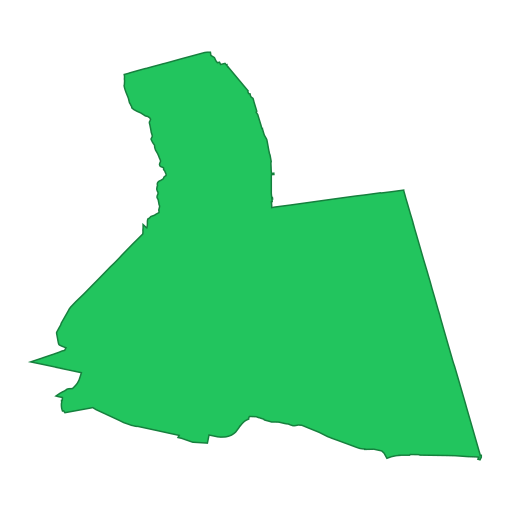 outline of Dongen, Noord-Brabant, Netherlands
{"feature_id": "6326949B71586177807215", "entity_name": "Dongen", "entity_type": "district", "adm_level": 2, "iso_a3": "NLD", "parent_name": "Netherlands", "parent_adm1": "Noord-Brabant", "projection": "equal_earth", "projection_center": [4.948, 51.643], "detail": "fine", "context": "isolated", "style": "filled", "palette": "green", "viewbox_px": 512, "rotation_deg": 0, "n_neighbors": 0, "source": "geoboundaries", "source_scale": "gbopen_adm2", "svg_char_len": 5917}
<svg xmlns="http://www.w3.org/2000/svg" viewBox="0 0 512 512"><path d="M481.3,455.3L480.2,455.3L480.1,454.7L480.0,454.2L478.7,449.8L471.8,425.8L466.2,406.4L465.8,404.9L463.7,397.6L458.8,380.7L454.6,366.4L453.7,363.8L452.7,360.6L451.6,356.7L448.0,344.3L446.5,339.1L443.4,328.3L442.2,324.0L441.6,322.0L440.2,317.0L439.8,315.2L438.1,309.7L434.6,297.4L432.0,288.5L430.2,281.9L429.4,279.2L428.3,275.5L427.3,272.0L423.6,259.7L421.5,252.4L420.3,248.2L416.6,235.4L415.1,230.3L414.7,229.0L414.6,228.6L413.6,224.9L413.3,223.8L413.2,223.9L412.9,222.2L411.5,217.5L410.4,213.9L407.8,204.9L406.7,201.2L405.8,198.2L405.1,195.6L403.7,190.6L403.7,190.1L390.3,191.9L381.2,193.0L380.5,192.8L366.0,194.8L363.6,195.1L355.8,196.0L340.4,198.1L314.4,201.7L311.6,202.1L295.0,204.4L290.0,205.1L275.2,207.0L271.7,207.6L271.7,205.6L271.6,204.1L271.5,202.8L271.6,202.4L271.4,202.4L271.4,201.6L272.2,201.5L272.1,200.3L271.9,199.1L272.6,199.0L272.4,197.5L271.7,197.6L271.3,193.2L271.3,192.2L271.3,189.8L271.3,182.8L271.3,180.0L271.3,175.8L271.5,174.8L271.5,174.6L273.9,174.5L273.8,173.2L271.5,173.4L271.2,170.7L271.1,168.6L271.1,168.3L270.9,163.0L271.1,162.0L271.2,161.5L270.9,159.9L270.2,155.9L270.0,155.0L269.3,153.1L269.3,152.7L268.8,150.4L267.4,142.7L267.0,140.6L266.8,139.7L266.3,138.6L264.4,135.3L264.0,134.2L262.4,128.8L262.4,128.5L262.0,128.6L261.7,127.9L261.0,125.3L257.7,114.5L256.1,112.2L256.8,111.3L253.9,101.7L253.6,100.4L253.0,98.4L251.0,96.9L250.7,96.2L250.3,95.3L250.1,93.9L248.7,93.6L247.8,91.8L248.1,90.9L228.3,67.2L228.0,67.1L228.1,66.9L226.6,65.2L226.8,64.7L226.2,64.8L225.0,63.4L220.6,64.5L219.5,62.2L217.4,62.7L215.9,60.8L214.4,57.6L210.9,55.4L210.4,52.2L207.4,52.2L204.7,52.5L200.6,53.6L189.9,56.5L181.7,58.7L168.5,62.4L164.8,63.4L163.0,63.8L160.6,64.5L152.0,66.8L147.7,68.0L146.4,68.4L145.4,68.5L138.1,70.5L129.3,73.0L128.7,73.3L124.2,74.5L124.5,76.2L124.5,77.6L124.4,79.0L124.6,80.9L124.4,84.4L124.1,85.7L124.4,87.2L124.8,88.8L125.4,90.6L126.0,92.3L128.3,98.0L129.5,102.8L130.3,104.0L130.7,105.0L131.5,106.3L131.9,108.0L133.9,109.6L137.2,111.4L140.7,112.9L143.5,114.7L145.3,115.9L147.8,116.5L149.7,117.8L150.6,119.2L150.0,120.9L149.4,122.0L149.4,123.0L149.9,125.0L150.6,128.6L151.0,130.8L151.2,132.2L152.2,135.3L152.2,135.6L152.2,136.7L151.1,138.8L151.1,139.4L152.5,142.2L153.4,143.7L153.9,144.3L154.3,144.8L154.5,145.3L154.7,147.4L155.0,148.4L155.5,150.0L157.6,153.6L158.7,156.1L159.4,158.0L160.4,160.2L160.5,160.9L160.5,161.5L160.3,162.2L159.8,163.1L159.6,163.9L159.5,164.6L159.9,165.8L160.4,166.4L161.0,166.7L163.3,167.6L163.6,168.0L163.6,168.6L163.6,169.1L163.6,169.6L164.7,170.9L165.1,171.8L165.3,172.5L165.8,173.4L166.1,174.6L166.2,175.1L166.0,175.4L165.8,175.8L165.3,176.0L164.8,176.4L164.3,176.8L163.9,177.2L163.8,177.5L163.7,177.8L163.5,178.4L163.1,178.9L162.0,179.6L161.3,180.1L159.0,181.2L158.4,181.7L157.8,182.4L157.4,183.2L157.3,183.9L157.3,184.5L157.5,185.2L157.4,185.5L157.4,186.0L157.1,186.6L157.0,187.3L156.9,187.8L156.8,188.5L156.8,189.3L156.9,189.8L157.1,190.4L157.3,191.1L157.9,192.0L158.0,192.7L158.0,194.0L157.4,195.2L157.2,195.8L157.0,197.0L157.1,197.7L157.9,199.2L158.2,199.7L158.4,201.0L158.6,201.9L159.0,204.2L159.1,204.8L159.5,205.5L159.6,206.7L158.8,209.8L158.8,210.5L159.0,211.2L159.0,212.3L158.9,212.6L158.7,212.7L157.9,213.2L156.0,214.2L154.8,215.0L154.3,215.3L153.7,215.5L152.9,215.8L151.2,216.4L150.8,216.6L150.5,216.9L149.7,217.8L149.4,218.1L148.3,218.7L148.1,218.7L148.0,218.9L147.7,219.4L147.6,219.9L147.5,220.4L147.4,221.2L147.4,224.3L147.3,225.1L147.3,225.8L147.1,226.7L146.8,227.9L146.4,227.7L143.1,224.6L143.1,226.4L143.1,227.8L142.9,230.1L143.0,232.0L142.8,233.8L142.8,234.0L132.7,244.0L124.4,252.5L121.8,255.2L119.0,258.3L114.2,263.2L110.5,266.7L104.3,273.1L95.8,281.8L93.1,284.5L88.4,289.3L83.9,293.9L81.1,296.6L78.6,299.0L75.8,301.7L70.8,306.9L69.3,308.9L68.2,311.0L61.2,323.3L60.9,324.4L60.7,325.0L58.9,328.1L57.1,331.5L56.7,332.2L56.6,332.5L56.6,332.8L56.6,333.3L58.0,341.0L58.4,343.0L58.7,344.0L58.9,344.4L59.2,344.8L59.5,345.0L60.0,345.3L61.1,345.8L62.2,346.3L66.0,347.8L64.6,350.4L62.0,351.0L58.9,352.3L52.0,354.7L30.7,361.9L42.8,364.4L57.0,367.4L56.9,367.5L61.6,368.4L61.5,368.5L81.4,372.7L80.8,374.7L80.1,376.9L79.1,379.9L78.6,380.9L78.0,382.0L77.3,383.3L76.5,384.3L76.2,384.7L74.4,386.7L72.4,388.6L69.1,388.7L67.5,389.0L66.4,389.5L66.0,390.0L65.4,390.3L64.6,390.9L63.7,391.3L63.1,391.6L62.6,391.8L60.7,392.9L59.9,393.3L56.0,396.0L58.2,396.6L62.4,397.5L62.4,398.3L62.2,400.4L61.5,400.4L61.7,402.4L61.6,402.8L61.4,403.8L61.4,404.3L61.4,405.7L61.5,407.0L61.7,408.4L62.1,409.8L62.5,411.0L63.3,410.9L63.6,410.8L64.9,412.7L92.8,407.6L96.0,409.6L119.3,420.4L121.3,421.4L123.7,422.6L127.2,423.8L130.3,424.9L131.3,425.3L132.8,425.6L135.2,426.2L136.6,426.4L137.9,426.4L157.8,430.7L161.4,431.5L179.2,435.4L178.0,437.5L181.5,438.3L192.7,442.2L207.4,443.1L209.0,435.0L217.6,436.8L220.8,437.1L224.0,437.0L225.5,436.9L226.6,436.7L228.6,436.2L231.5,435.1L233.8,433.6L235.6,432.1L239.0,427.6L239.7,426.2L239.9,426.3L242.1,423.6L242.7,423.0L243.6,422.1L244.4,421.4L244.8,421.1L245.7,420.5L247.0,419.8L247.5,419.6L248.7,419.1L248.8,419.0L248.7,418.6L248.5,418.3L249.4,416.5L250.6,416.5L256.3,416.7L258.5,417.6L259.4,417.7L261.0,418.3L263.8,419.2L264.1,419.7L264.8,420.1L269.3,421.3L271.6,422.0L275.6,422.0L278.7,422.1L279.6,422.3L284.7,423.5L286.4,423.8L288.3,424.0L290.7,425.0L291.5,425.2L292.9,425.7L293.3,425.7L294.7,425.7L295.3,425.6L295.9,425.5L298.3,425.0L298.8,425.0L300.4,425.2L301.1,425.1L302.4,425.5L310.7,428.9L319.3,432.4L327.6,436.6L330.0,437.5L331.9,438.3L337.8,440.4L356.7,447.4L359.1,448.2L360.1,448.5L361.4,448.7L363.0,448.9L364.7,448.9L364.7,449.4L373.9,449.2L381.7,450.9L384.1,453.2L386.9,458.3L391.4,456.7L396.0,455.7L397.0,455.6L399.6,455.4L399.5,455.2L409.6,455.2L410.2,454.5L418.5,454.6L420.1,455.1L447.2,455.5L455.3,455.7L467.5,456.6L476.4,456.9L478.8,457.2L477.9,459.2L480.0,459.8L481.3,457.3L481.3,455.3Z" fill="#22c55e" stroke="#15803d" stroke-width="1.5"/></svg>